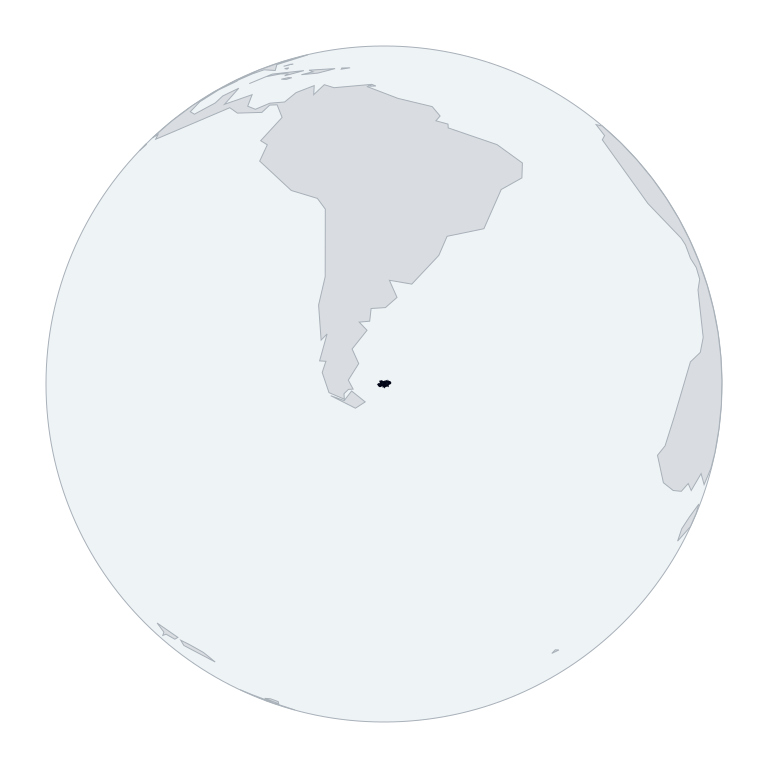 Falkland Islands on an orthographic globe
{"feature_id": "FLK", "entity_name": "Falkland Islands", "entity_type": "country or territory", "adm_level": 0, "iso_a3": "FLK", "parent_name": "South America", "parent_adm1": "", "projection": "orthographic", "projection_center": [-59.536, -51.789], "detail": "fine", "context": "on_globe", "style": "filled", "palette": "ink", "viewbox_px": 768, "rotation_deg": 0, "n_neighbors": 0, "source": "natural_earth", "source_scale": "50m", "svg_char_len": 4564}
<svg xmlns="http://www.w3.org/2000/svg" viewBox="0 0 768 768"><circle cx="384" cy="384" r="338" fill="#eef3f6" stroke="#a8b0b8"/><path d="M146.2,143.9L146.4,144.5L140.0,150.2L139.5,150.8L146.2,143.9ZM307.7,54.8L307.3,55.0L276.9,64.6L275.2,70.5L264.1,69.8L252.3,73.9L237.7,80.3L237.0,81.1L218.6,89.9L199.9,101.7L190.3,111.7L194.4,114.2L215.2,103.0L222.7,96.0L238.8,88.2L224.5,104.3L252.1,94.7L247.7,106.2L255.4,109.3L269.8,103.2L284.6,102.0L296.1,92.6L314.2,85.6L313.7,94.7L324.3,84.7L334.0,87.7L370.4,84.5L367.4,86.7L398.0,98.4L432.2,106.6L440.1,116.0L435.9,120.8L448.0,124.1L448.2,127.9L497.0,144.6L522.4,163.0L521.9,177.9L501.2,189.5L483.9,228.7L447.1,236.3L438.8,255.4L411.8,284.1L389.4,280.3L397.0,297.4L385.4,307.6L371.1,308.5L369.7,321.2L359.2,322.1L367.0,330.3L352.1,349.0L358.7,363.6L348.3,380.1L353.1,389.1L348.4,389.4L344.0,393.7L344.3,399.2L329.0,392.6L322.2,372.5L325.9,361.3L319.6,360.9L327.1,333.9L321.1,340.1L318.6,305.0L325.2,276.7L325.3,209.1L317.4,198.4L291.3,190.5L259.7,161.1L267.3,144.8L260.7,140.7L282.1,117.4L277.1,104.8L269.7,105.1L261.9,112.4L237.4,113.1L229.8,107.7L161.3,136.9L155.7,139.2L158.0,134.5L152.4,137.9L171.6,121.2L192.0,105.9L213.4,92.3L235.9,80.3L259.1,70.0L283.1,61.5L307.7,54.8ZM272.2,74.1L303.9,70.6L284.6,75.8L288.5,73.8L280.8,73.9L265.9,76.7L249.3,83.6L272.2,74.1ZM289.2,65.0L283.6,66.3L289.3,64.7L289.2,65.0ZM355.4,408.2L330.7,395.7L344.2,400.6L351.6,391.0L365.2,401.9L355.4,408.2ZM377.9,384.4L387.7,380.0L390.5,382.7L384.5,386.4L377.9,384.4ZM714.9,452.7L710.9,468.4L704.1,484.6L701.1,473.6L691.2,490.5L688.2,483.5L681.3,491.3L673.2,490.5L663.4,482.7L657.5,455.3L665.1,445.8L674.2,417.0L690.4,361.9L700.3,352.4L703.2,337.4L698.0,290.0L699.7,279.2L696.3,267.6L690.5,258.4L685.5,244.9L681.2,238.2L647.9,203.5L632.6,182.1L602.3,139.8L604.6,135.6L596.1,124.6L602.3,126.0L620.2,142.3L636.8,159.8L652.2,178.5L666.2,198.2L678.8,218.8L689.8,240.3L699.3,262.5L707.2,285.4L713.4,308.8L718.0,332.5L720.8,356.5L721.9,380.7L721.3,404.8L718.9,428.9L714.9,452.7ZM371.6,84.3L375.9,86.0L370.0,86.2L371.6,84.3ZM281.3,79.2L288.3,77.6L291.8,77.7L286.3,79.4L281.3,79.2ZM341.8,68.0L350.1,67.8L341.2,69.2L341.8,68.0ZM309.0,70.2L335.1,68.6L317.8,73.1L301.4,74.7L313.1,71.8L309.0,70.2ZM284.6,68.6L288.8,67.8L287.1,69.1L284.6,68.6ZM293.3,64.0L291.6,64.5L289.7,64.4L293.3,64.0ZM558.9,650.0L551.8,653.4L555.3,649.8L558.9,650.0ZM690.8,525.6L690.4,526.6L677.6,541.1L681.7,528.8L689.4,517.0L698.9,504.0L696.3,512.8L696.7,512.1L690.8,525.6ZM183.9,645.5L180.7,640.2L190.4,645.1L203.5,652.5L215.2,662.0L183.9,645.5ZM278.2,701.6L278.7,703.8L264.7,698.3L270.5,698.8L278.2,701.6ZM174.8,639.2L166.1,634.2L162.8,635.4L163.9,632.1L157.1,623.0L177.9,637.4L174.8,639.2ZM240.1,689.7L251.7,694.5L269.5,701.2L273.1,702.9L280.5,705.2L292.2,709.1L294.8,709.9L267.0,701.0L240.1,689.7Z" fill="#d9dde1" stroke="#a8b0b8" stroke-width="1"/><path d="M386.5,381.0L387.1,381.3L387.8,381.2L388.1,381.3L388.3,381.6L388.2,381.8L387.9,381.8L387.7,381.9L387.8,382.2L387.9,382.4L388.6,382.8L388.8,382.8L388.7,382.6L388.6,382.4L388.6,382.1L388.7,381.8L388.9,381.8L389.7,381.7L389.9,381.8L390.3,382.5L389.9,382.6L389.8,382.8L390.1,383.0L390.4,383.2L390.2,383.5L389.6,383.8L389.1,383.9L388.8,384.2L388.4,384.5L387.1,384.9L387.2,385.2L387.3,385.4L387.2,385.8L385.5,385.3L385.2,385.4L385.7,386.3L385.3,386.4L385.0,386.3L384.7,386.4L384.5,387.1L384.0,386.6L383.6,386.0L383.6,385.7L384.0,385.1L383.9,384.8L384.8,384.0L385.0,383.7L385.3,383.6L385.6,383.5L385.7,383.4L385.7,383.2L385.6,382.8L385.6,382.2L386.4,381.5L386.3,381.0L386.5,381.0ZM381.2,382.1L381.8,382.2L382.3,381.8L382.6,381.6L382.9,381.7L383.1,382.0L383.4,381.9L384.2,381.7L384.3,381.8L384.5,381.5L384.8,381.6L385.0,381.9L384.9,382.2L384.7,382.4L384.5,382.6L384.4,382.8L384.1,383.0L383.9,383.4L383.3,384.1L382.6,385.1L382.4,385.2L381.8,385.2L381.6,385.2L381.4,385.2L381.3,385.7L381.0,386.1L380.9,386.2L380.7,386.2L380.6,386.3L379.8,386.4L379.4,386.2L378.8,385.6L379.5,385.0L380.2,385.0L380.7,384.5L381.1,384.3L381.3,384.1L381.4,383.9L381.4,383.7L381.1,383.6L380.9,383.7L380.5,383.8L380.2,383.6L380.4,383.5L380.6,383.5L381.3,383.2L381.2,382.8L380.8,382.6L380.4,382.2L380.4,381.9L380.2,381.5L380.4,381.5L380.7,381.7L381.2,382.1ZM378.6,384.0L378.9,384.1L379.1,384.1L379.0,384.7L378.9,385.0L378.6,385.0L378.2,384.6L378.1,384.4L378.5,384.2L378.6,384.0ZM381.9,381.7L381.4,381.7L381.3,381.0L381.7,381.0L382.0,381.2L382.0,381.4L381.9,381.7ZM383.5,386.6L383.2,386.7L383.1,386.2L383.5,386.3L383.5,386.6ZM388.0,385.3L388.0,385.9L387.7,385.7L387.6,385.4L387.8,385.3L388.0,385.3Z" fill="#0f172a" stroke="#020617" stroke-width="1.5"/></svg>